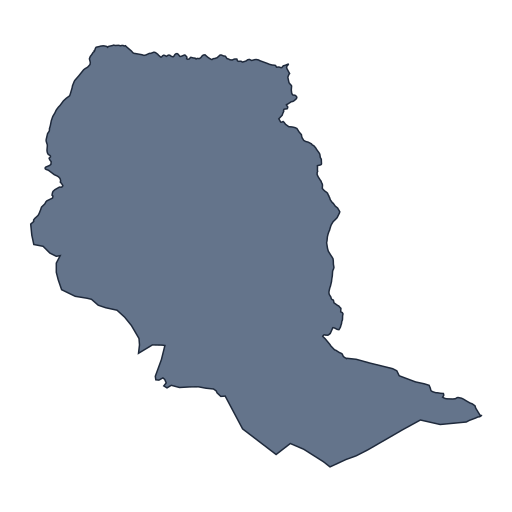 Breznita-Ocol, Mehedinti, Romania (orthographic projection)
{"feature_id": "2599482B17727183670261", "entity_name": "Breznita-Ocol", "entity_type": "district", "adm_level": 2, "iso_a3": "ROU", "parent_name": "Romania", "parent_adm1": "Mehedinti", "projection": "orthographic", "projection_center": [22.598, 44.702], "detail": "fine", "context": "isolated", "style": "filled", "palette": "slate", "viewbox_px": 512, "rotation_deg": 0, "n_neighbors": 0, "source": "geoboundaries", "source_scale": "gbopen_adm2", "svg_char_len": 5855}
<svg xmlns="http://www.w3.org/2000/svg" viewBox="0 0 512 512"><path d="M30.7,224.1L31.8,235.1L33.8,244.5L43.1,246.3L49.9,253.1L56.3,256.3L60.2,255.6L56.3,263.1L56.3,272.3L58.2,279.7L61.6,289.7L75.2,296.3L86.9,298.2L91.5,299.3L98.2,305.2L105.6,307.7L117.0,310.2L124.6,317.1L131.4,325.5L139.0,338.5L139.5,344.9L138.5,353.3L152.4,344.9L162.2,345.1L164.9,345.5L161.4,359.6L155.3,376.3L155.8,379.8L158.9,380.1L162.9,377.9L164.7,379.4L166.2,382.9L163.8,385.9L167.0,387.9L171.3,385.3L179.5,387.5L189.9,386.9L198.5,386.8L205.9,388.2L213.5,389.0L216.2,390.9L217.1,392.9L220.8,396.4L225.2,396.1L242.6,428.9L276.1,454.5L290.3,443.5L303.8,449.3L323.4,461.7L330.0,466.9L346.0,459.5L356.2,455.8L367.9,449.8L402.5,429.8L420.4,420.0L440.2,424.5L466.3,422.0L469.3,420.4L475.7,418.0L477.8,417.0L479.4,416.8L480.6,416.3L481.1,415.8L481.3,415.5L480.0,415.2L475.7,408.1L475.0,405.8L472.2,403.8L470.0,403.0L466.5,401.0L463.4,399.1L461.5,398.2L458.1,397.5L457.2,397.6L455.4,398.7L452.8,399.0L446.7,398.8L444.8,398.4L442.6,397.2L443.4,396.0L443.8,395.1L443.4,393.5L440.6,393.3L437.7,392.8L435.7,392.7L432.9,391.8L431.5,391.1L430.9,390.5L430.3,388.1L429.1,385.3L424.3,383.8L415.5,381.9L399.8,376.0L399.1,375.6L396.8,370.8L392.7,368.7L369.6,363.0L356.3,359.3L347.1,358.3L346.8,358.3L346.6,358.6L344.5,357.4L343.3,356.4L342.2,354.0L341.2,353.3L339.1,352.4L335.9,350.3L334.5,349.8L330.7,345.8L330.0,344.6L325.2,338.8L322.7,336.4L323.2,335.5L324.0,334.9L324.5,334.8L325.5,335.1L327.9,335.2L329.2,334.4L329.8,333.6L330.2,333.6L332.5,328.4L332.7,327.8L333.0,327.6L334.6,328.0L337.2,329.4L338.9,329.7L339.5,328.8L340.4,327.2L341.0,325.1L341.5,323.7L341.8,321.4L342.4,320.0L342.5,319.2L342.6,315.8L343.0,313.9L342.3,312.6L340.7,311.8L340.9,308.3L340.2,307.7L338.7,305.9L337.7,305.5L334.1,302.9L333.9,302.7L333.7,301.4L333.4,300.2L333.2,300.0L332.0,299.5L331.5,299.0L331.2,298.4L330.8,296.9L329.6,295.1L329.1,293.9L328.9,292.2L329.2,290.5L329.9,287.5L330.4,286.3L331.5,281.6L331.8,278.8L332.3,276.0L332.6,271.4L333.0,270.0L333.4,269.3L333.9,267.7L333.9,267.1L333.4,264.2L333.3,260.8L333.0,258.7L332.0,257.0L330.9,255.4L328.3,251.2L327.5,248.3L326.6,242.7L327.0,240.9L327.4,236.8L328.0,234.3L328.9,231.6L329.6,230.1L329.8,229.2L330.9,225.6L331.7,224.0L333.2,221.6L335.3,219.6L337.1,217.7L339.4,213.1L339.8,211.8L337.6,208.0L335.2,206.1L333.4,203.5L332.8,202.9L332.5,202.9L330.3,199.8L329.6,197.6L328.8,196.2L328.8,195.7L328.4,195.2L327.9,194.2L327.6,193.3L326.7,192.4L324.6,190.9L323.1,189.4L322.3,188.4L322.5,185.0L322.1,183.6L321.4,182.4L321.1,181.2L320.1,179.9L318.0,176.5L317.1,174.4L317.2,172.3L317.7,171.2L317.4,170.4L317.5,166.8L317.3,165.8L317.5,165.6L320.2,165.0L321.2,164.5L321.5,163.9L321.3,159.2L320.3,157.5L319.9,154.7L319.5,153.5L316.5,149.3L315.7,147.9L313.9,145.8L312.1,144.8L311.5,143.9L310.6,143.4L308.1,142.1L305.7,141.5L303.7,140.4L302.9,139.0L302.3,138.2L301.7,136.6L301.4,134.6L299.1,132.0L296.9,128.5L295.2,127.7L293.8,127.3L291.7,126.9L288.8,126.7L285.5,124.3L284.1,122.4L283.1,121.5L281.6,122.2L280.7,122.1L278.8,118.8L282.2,115.2L282.7,113.6L283.7,111.4L283.7,110.7L283.5,110.3L283.8,109.6L284.0,109.3L284.7,109.1L287.1,108.8L287.5,108.2L287.8,107.0L286.4,105.0L286.4,104.6L287.5,104.2L291.3,101.7L292.7,101.5L293.7,101.0L295.8,99.3L296.5,98.4L296.8,97.7L296.8,97.3L296.6,96.7L295.8,95.8L294.9,95.2L293.1,95.1L292.4,94.5L291.7,93.2L291.3,90.0L291.6,86.1L291.4,85.5L290.1,84.1L289.0,82.7L287.8,77.2L288.9,74.4L289.6,73.6L286.9,68.6L286.6,67.4L287.0,65.9L288.3,64.6L288.1,64.1L285.2,65.3L283.3,65.8L281.9,67.5L281.1,67.7L278.9,67.0L276.6,67.2L276.3,66.9L276.0,66.2L275.5,65.5L275.0,65.3L272.1,65.0L269.4,64.3L267.3,63.4L259.3,60.5L258.8,60.0L256.2,59.5L254.9,59.6L251.7,60.5L249.3,59.4L247.6,59.8L246.0,61.0L242.5,62.1L241.0,61.2L238.2,61.3L237.3,60.6L237.1,59.7L236.8,59.0L234.8,59.0L233.7,59.3L232.3,60.0L230.0,59.8L228.5,59.0L227.0,58.6L225.6,56.5L225.1,56.1L223.7,56.0L221.3,55.0L220.1,55.0L217.0,57.8L215.8,58.1L215.4,58.4L213.1,58.7L212.2,59.5L211.5,59.5L209.8,58.6L207.6,57.1L205.0,54.8L203.5,55.0L202.4,55.6L200.7,57.8L199.2,58.6L197.1,58.4L196.4,58.9L195.9,58.9L194.9,58.0L194.3,58.2L190.8,57.3L190.3,57.6L189.7,58.5L189.1,59.0L187.8,59.3L186.6,58.7L186.9,57.6L186.8,56.9L185.1,55.1L184.4,55.0L181.3,56.3L180.3,56.5L179.9,56.4L178.0,54.1L177.1,53.6L176.1,53.7L175.2,54.3L174.8,54.7L173.8,56.3L173.4,56.7L172.2,56.7L170.8,56.0L169.8,55.2L168.4,55.1L167.6,55.5L166.4,56.4L164.7,55.4L163.7,55.2L162.7,55.7L161.5,57.0L160.7,57.1L158.4,55.1L157.8,54.3L155.5,52.6L154.6,52.3L153.8,52.2L150.7,53.4L149.9,53.3L149.1,53.5L145.8,55.0L144.0,55.4L141.9,54.7L135.2,53.5L134.2,53.4L133.2,53.0L132.6,52.4L131.4,51.0L126.5,46.8L125.4,45.7L124.2,46.0L123.2,45.5L122.0,45.4L120.6,45.8L118.6,45.3L115.3,45.5L113.6,45.1L112.6,45.5L108.6,46.4L107.5,47.3L107.0,46.6L106.5,46.4L104.7,46.0L103.3,45.8L100.7,46.1L99.4,46.5L96.2,47.2L95.4,48.3L94.9,50.1L94.2,50.6L94.4,51.4L93.1,52.4L91.6,54.8L90.3,56.4L89.4,58.8L90.3,62.3L90.1,64.3L89.8,64.8L87.9,66.9L86.8,67.7L85.3,68.5L83.6,69.8L78.9,75.7L74.8,80.4L74.2,81.5L72.5,85.7L72.1,87.9L70.1,94.6L69.5,95.9L66.2,98.3L63.4,100.9L60.0,105.5L58.5,107.0L56.6,109.5L56.0,110.5L54.9,112.9L52.8,116.4L51.3,120.7L50.3,125.7L49.4,128.9L49.5,129.5L49.3,130.9L49.0,131.5L47.6,133.5L46.2,139.4L46.1,140.7L46.3,141.7L47.3,144.8L47.3,146.2L47.0,149.8L47.0,150.9L47.4,152.8L48.3,154.5L49.6,155.2L50.4,155.9L50.5,156.9L49.1,158.2L49.8,159.9L51.2,161.7L50.9,164.4L49.5,165.5L45.7,167.1L45.2,167.7L45.1,168.3L45.4,169.0L46.5,169.6L47.8,170.0L48.9,170.6L54.3,174.7L56.8,175.8L58.5,176.8L59.9,178.3L60.2,179.0L60.7,181.0L60.3,181.9L60.4,182.4L61.1,182.9L62.8,185.4L62.8,185.9L61.7,187.2L59.4,187.1L55.0,189.6L53.0,191.4L52.4,193.0L52.0,195.2L52.8,195.8L52.9,196.6L52.5,198.1L46.9,200.8L46.0,201.7L44.8,203.9L41.5,207.1L40.6,209.8L39.2,213.3L38.1,215.4L34.7,218.5L33.6,220.0L33.7,221.5L30.7,224.1Z" fill="#64748b" stroke="#1e293b" stroke-width="1.5"/></svg>